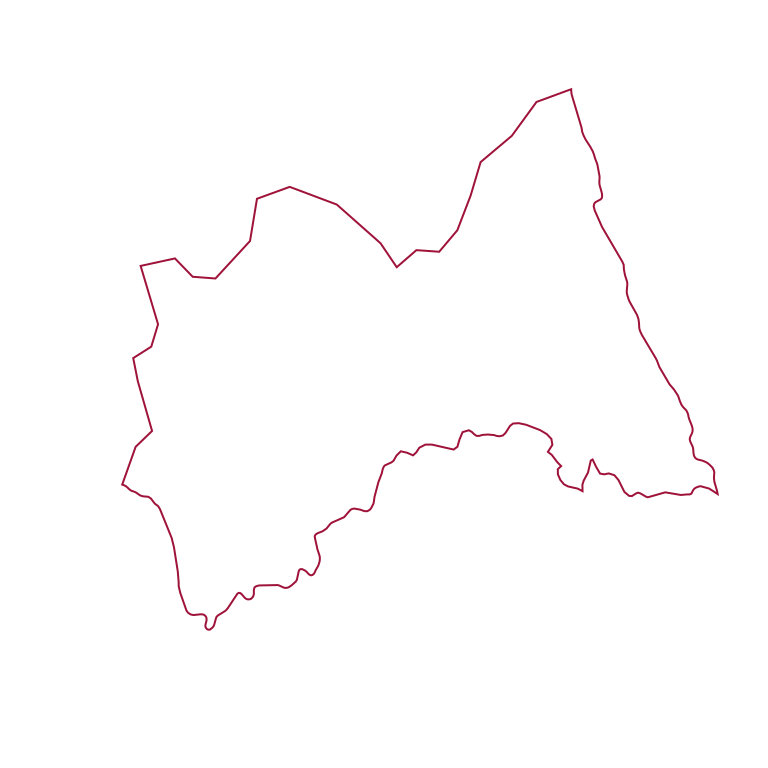 SVG path tracing the border of Amoron'i Mania, rotated 160°
{"feature_id": "MDG-5861", "entity_name": "Amoron'i Mania", "entity_type": "Autonomous Province", "adm_level": 1, "iso_a3": "MDG", "parent_name": "Madagascar", "parent_adm1": "", "projection": "equal_earth", "projection_center": [46.639, -20.465], "detail": "fine", "context": "isolated", "style": "outline", "palette": "rose", "viewbox_px": 768, "rotation_deg": 160, "n_neighbors": 0, "source": "natural_earth", "source_scale": "10m", "svg_char_len": 4030}
<svg xmlns="http://www.w3.org/2000/svg" viewBox="0 0 768 768"><g transform="rotate(160 384 384)"><path d="M108.1,166.5L114.3,174.6L121.5,179.7L123.4,180.0L125.9,180.0L128.2,179.5L129.9,178.4L132.7,175.8L134.6,175.7L136.7,176.5L143.0,178.2L156.8,186.0L174.8,187.3L176.6,188.8L180.3,193.3L182.4,195.0L184.4,195.0L189.4,193.9L191.9,195.0L195.0,200.3L196.5,213.5L198.7,219.5L203.4,223.1L208.0,223.8L211.6,225.9L213.0,233.5L213.8,241.7L215.9,241.3L222.6,231.0L229.4,224.9L232.0,221.5L234.1,215.4L237.7,219.4L246.1,224.8L249.2,228.2L251.1,233.5L251.5,239.6L249.8,244.5L245.6,246.3L247.8,251.0L250.6,260.0L253.2,264.2L246.6,269.2L245.5,275.1L248.2,281.3L253.2,287.4L264.4,297.1L270.8,301.1L276.2,302.7L279.8,301.6L286.5,296.5L289.7,295.0L293.1,295.3L295.8,296.6L298.1,298.4L303.7,301.0L309.0,302.5L312.4,302.7L314.9,303.7L316.5,306.1L317.9,309.0L320.1,311.5L326.6,311.9L331.9,306.2L336.5,299.9L341.0,298.6L359.6,310.6L365.8,312.9L372.5,312.1L377.1,308.7L381.1,307.0L385.8,311.5L391.2,315.0L396.7,312.5L401.3,308.6L403.9,307.8L411.0,307.2L412.5,306.4L413.6,305.2L414.7,303.9L416.5,301.0L422.9,293.6L431.5,281.2L434.0,276.5L434.9,275.1L438.6,271.7L440.3,270.7L443.0,270.2L444.7,270.7L446.1,271.4L449.2,274.0L454.5,277.1L456.7,277.5L458.6,277.2L467.0,272.5L479.8,271.6L482.0,271.1L487.5,267.8L492.3,266.6L497.2,266.5L499.7,266.0L501.2,264.6L501.6,262.6L503.1,251.4L503.3,244.6L503.7,242.6L504.4,240.9L505.2,239.3L507.2,236.6L508.3,235.4L512.0,232.3L513.2,231.0L514.5,229.8L516.5,229.0L518.1,229.2L519.3,230.3L520.1,231.8L520.9,233.9L522.1,235.8L524.2,238.0L526.1,238.6L527.5,238.0L528.5,236.7L532.7,230.0L533.4,229.3L534.5,228.5L539.8,226.4L543.0,225.6L545.1,225.7L546.9,226.3L548.2,227.3L551.6,230.7L552.9,231.5L570.2,237.4L573.1,237.7L575.1,237.2L576.2,235.9L577.0,234.4L577.6,232.5L578.5,230.5L579.8,228.9L582.5,227.6L584.3,227.7L586.0,228.4L587.2,229.5L588.1,231.0L589.5,234.9L590.7,236.9L592.1,237.4L593.6,237.0L607.7,226.6L610.6,225.1L619.2,223.3L620.8,222.6L621.9,221.5L625.8,216.0L627.1,214.6L628.9,213.6L631.7,212.7L633.3,213.3L634.4,214.6L634.8,216.3L634.5,218.1L633.7,219.5L631.8,222.2L631.1,223.8L630.8,225.6L631.2,227.3L632.1,228.7L633.5,229.7L635.4,230.4L641.9,232.0L643.3,232.8L644.6,233.7L645.6,235.0L646.4,236.2L647.1,238.5L646.9,257.3L646.1,264.2L644.8,267.8L641.9,278.4L637.2,302.4L636.2,312.0L637.3,342.8L637.9,346.1L638.7,347.6L639.7,349.0L640.5,350.6L642.2,356.1L643.2,357.5L644.2,358.7L648.7,360.8L650.0,361.7L651.3,362.8L654.2,366.9L655.3,368.0L657.8,370.0L658.8,371.3L659.7,372.8L660.4,374.4L661.4,376.1L662.6,377.5L664.4,379.0L638.9,409.9L618.0,419.2L614.4,470.7L610.8,494.1L589.9,498.7L575.9,517.4L572.3,578.2L537.5,573.5L527.1,550.2L506.3,540.8L461.0,564.2L440.0,601.5L405.2,601.5L367.0,568.8L339.1,517.4L332.1,489.4L307.8,498.7L286.9,489.4L262.5,503.4L238.1,531.5L217.3,559.5L179.0,573.5L144.2,596.9L107.3,597.0L107.9,595.1L108.4,593.1L108.7,591.3L110.7,557.4L111.5,553.2L111.5,549.8L111.0,545.1L109.0,536.2L108.3,531.6L108.2,528.1L108.5,523.6L108.4,519.1L108.5,516.9L110.3,506.1L110.8,504.2L112.3,500.9L112.9,499.1L113.4,497.0L113.9,489.8L114.3,487.5L114.9,485.6L115.8,484.2L117.2,483.4L122.7,482.6L124.2,482.0L125.3,480.8L126.2,479.2L126.4,477.1L126.6,474.7L125.4,457.0L118.2,417.3L118.0,414.0L118.6,412.1L119.2,410.3L119.6,408.3L120.3,403.8L120.6,396.9L121.0,395.2L121.4,394.1L124.1,388.3L124.7,386.4L125.0,384.2L125.2,379.4L125.0,377.0L122.6,362.3L122.6,360.1L122.7,357.8L123.6,353.8L124.8,350.0L125.2,347.9L125.2,345.0L124.8,341.4L119.9,315.7L119.5,312.7L119.4,305.6L115.8,286.1L113.3,279.3L112.3,275.1L111.7,272.1L111.8,266.6L111.6,262.9L110.8,259.9L109.0,255.9L108.6,253.2L108.7,250.9L109.1,248.8L109.2,246.6L109.0,239.6L109.2,237.2L109.7,235.2L110.5,233.6L111.5,232.3L113.8,230.1L114.9,228.9L115.7,227.2L115.9,225.1L115.4,219.8L115.6,217.5L116.8,213.3L117.2,210.5L116.9,208.4L116.1,206.9L114.9,205.7L110.9,203.0L108.5,200.8L107.1,199.2L105.8,197.0L104.0,193.2L103.6,190.4L103.8,188.1L106.0,183.1L106.5,181.2L107.0,179.1L107.6,169.8L108.1,166.5Z" fill="none" stroke="#9f1239" stroke-width="2"/></g></svg>